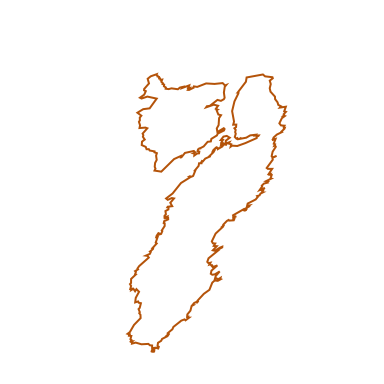 Andøy nor, Nordland, Norway (Natural Earth projection), rotated 151°
{"feature_id": "86288312B3163335119560", "entity_name": "Andøy nor", "entity_type": "district", "adm_level": 2, "iso_a3": "NOR", "parent_name": "Norway", "parent_adm1": "Nordland", "projection": "natural_earth1", "projection_center": [15.765, 69.044], "detail": "fine", "context": "isolated", "style": "outline", "palette": "amber", "viewbox_px": 384, "rotation_deg": 151, "n_neighbors": 0, "source": "geoboundaries", "source_scale": "gbopen_adm2", "svg_char_len": 6057}
<svg xmlns="http://www.w3.org/2000/svg" viewBox="0 0 384 384"><g transform="rotate(151 192 192)"><path d="M303.6,70.8L302.5,70.8L301.8,71.7L302.3,73.0L301.4,73.4L297.0,72.4L298.1,70.9L296.1,72.7L296.8,74.1L294.8,76.6L291.1,76.8L289.4,78.0L283.4,77.8L282.2,78.4L283.1,78.8L281.2,79.3L281.6,80.3L275.6,81.5L273.7,83.0L263.7,84.7L260.3,84.2L259.9,82.9L255.5,83.5L256.4,84.0L255.7,84.8L256.8,85.2L255.4,87.2L250.9,89.0L247.6,92.5L245.6,92.5L246.2,93.0L243.9,93.9L240.0,93.6L242.0,92.8L241.4,92.8L239.8,93.4L239.8,94.3L231.0,97.2L224.2,98.0L218.2,102.9L215.1,103.6L212.5,101.8L209.1,101.8L209.5,102.3L208.7,103.1L211.7,103.0L212.3,104.5L214.0,105.0L212.0,107.0L206.3,109.1L211.8,108.9L214.4,109.8L215.2,111.4L213.1,113.8L205.4,115.5L210.3,116.3L210.6,117.7L209.2,118.2L210.4,118.3L211.3,119.7L210.5,119.9L211.8,120.1L210.1,121.2L212.1,121.8L212.5,123.5L209.7,126.0L198.5,128.0L200.5,129.0L192.4,128.9L192.0,129.5L194.6,129.8L200.5,129.5L202.0,130.9L196.6,132.6L199.1,134.3L196.7,135.7L198.6,137.0L198.6,139.2L191.5,144.2L182.2,146.5L182.6,147.0L179.6,147.7L181.4,147.7L180.1,148.4L175.4,149.8L173.5,149.8L173.4,149.0L169.2,147.0L168.3,147.7L169.2,148.1L168.6,148.9L167.7,148.9L168.7,149.4L165.0,149.3L168.1,150.1L167.2,151.6L168.3,151.7L154.8,151.9L154.3,150.8L155.5,150.8L154.8,150.1L152.8,150.0L154.4,150.1L153.1,150.5L154.2,151.6L148.0,151.7L150.1,152.1L148.3,152.4L150.5,153.2L148.9,154.9L139.9,154.6L136.9,155.8L137.0,156.9L134.6,156.3L132.9,157.4L130.1,157.3L131.0,157.9L129.1,158.9L130.2,159.8L126.3,160.3L131.9,160.9L128.0,162.8L127.9,163.7L125.0,164.5L121.5,163.6L121.7,164.3L120.7,164.4L122.0,165.6L116.1,165.3L116.7,165.9L114.1,168.2L115.8,169.5L114.7,169.9L116.1,170.6L110.7,173.4L114.4,175.4L115.0,176.8L105.7,181.1L105.1,183.0L102.8,182.7L100.5,182.6L104.4,183.1L105.0,184.7L101.9,188.2L96.8,190.9L96.8,192.5L97.5,192.6L96.2,193.5L97.1,194.6L93.2,197.9L96.9,198.5L94.9,198.8L95.4,199.1L94.2,200.1L89.9,201.1L84.2,200.8L84.4,201.5L80.5,202.5L79.8,203.1L80.7,203.4L80.2,204.6L79.0,205.2L81.9,207.1L82.3,209.7L77.6,213.0L74.3,213.4L75.3,214.2L74.0,214.3L74.1,215.6L71.0,216.6L72.2,217.9L68.6,221.1L74.2,223.2L72.6,223.8L74.3,226.4L73.7,229.0L74.3,232.9L73.2,235.2L74.7,241.7L73.7,245.1L70.8,248.2L70.0,251.7L66.2,252.3L66.0,253.4L72.0,257.7L73.0,260.4L88.7,265.7L91.4,262.3L103.5,257.0L102.9,256.8L103.7,255.7L110.9,250.7L117.7,243.3L121.1,233.2L123.3,230.9L120.6,229.5L122.0,227.4L124.0,227.2L123.7,225.1L125.2,223.5L125.5,221.7L127.9,219.4L127.3,217.1L126.2,217.1L126.4,216.1L125.2,215.5L122.4,215.5L123.9,215.1L118.2,213.2L113.6,213.3L108.5,211.2L109.6,210.8L106.2,209.1L106.8,208.8L108.6,209.0L109.3,207.8L121.6,208.9L130.1,210.3L134.5,213.1L136.2,212.9L134.5,214.7L136.6,216.7L135.2,217.4L138.0,217.9L139.3,216.8L140.1,217.4L139.2,218.0L139.8,218.3L138.5,218.7L137.6,220.5L132.7,221.2L134.4,224.2L137.6,225.2L141.6,223.5L139.8,222.5L142.5,221.0L143.0,220.3L142.0,220.0L143.5,219.0L140.4,218.6L143.4,217.1L148.6,217.0L148.2,217.9L149.3,218.6L147.9,219.1L149.5,219.2L153.0,218.3L154.0,217.6L152.6,217.2L153.9,216.4L159.9,214.8L158.2,214.3L164.2,214.8L167.6,213.5L168.2,214.3L169.9,213.3L169.0,212.1L171.9,213.7L173.6,211.6L180.2,209.0L179.0,208.9L183.2,205.5L185.0,205.6L186.2,206.8L186.8,206.8L185.8,205.8L197.3,205.2L209.7,200.1L217.8,198.9L217.0,196.9L212.6,196.5L210.9,195.1L216.2,193.1L216.2,189.2L220.4,190.9L220.9,190.6L219.9,190.0L221.1,188.2L224.5,188.2L225.6,185.2L227.7,184.4L228.4,183.0L226.0,182.6L227.4,181.9L225.3,181.2L226.1,179.6L230.5,180.0L231.8,178.5L231.1,177.8L232.4,175.5L237.1,173.0L236.9,172.2L239.3,170.3L241.2,170.7L240.4,171.2L241.3,172.3L244.1,170.9L245.2,169.8L243.9,169.3L248.3,165.3L247.8,164.1L253.8,162.1L253.3,161.6L253.9,161.0L257.6,160.3L257.2,159.5L258.8,158.3L263.2,158.7L261.9,157.7L261.6,155.6L274.2,152.8L276.8,151.5L276.7,150.5L280.1,150.4L279.8,149.3L281.6,147.7L281.1,147.1L287.4,145.5L289.4,142.0L290.9,141.5L290.8,139.4L293.0,137.1L291.7,136.6L292.6,135.7L290.2,135.8L289.9,132.8L287.7,134.0L286.7,130.4L292.5,126.7L295.2,123.0L292.2,122.4L292.3,121.0L290.6,119.5L293.9,116.0L295.5,115.5L295.9,112.2L296.9,111.6L296.6,109.6L298.1,106.6L307.1,103.9L314.3,99.6L317.1,99.2L316.1,98.1L316.6,97.3L315.5,97.4L315.9,96.1L314.9,95.5L317.2,93.1L316.7,91.9L317.8,91.2L316.3,90.3L317.8,90.0L317.4,89.3L318.0,88.5L314.3,87.6L310.0,83.3L303.8,80.3L303.1,78.3L301.3,77.1L302.6,74.7L301.0,74.1L303.9,72.9L305.2,71.5L302.5,72.8L303.1,71.3L302.4,71.2L303.6,70.8ZM209.0,224.7L191.7,229.5L184.2,228.9L185.0,227.7L184.4,227.5L179.2,229.6L170.5,227.0L170.0,225.3L171.5,225.3L170.8,225.1L171.7,225.1L171.1,224.7L172.3,222.8L168.9,223.2L167.1,222.4L166.0,223.8L167.3,225.1L166.2,226.2L164.4,226.6L162.8,225.6L163.7,226.3L159.7,226.2L154.0,228.3L151.0,227.1L149.3,229.1L142.8,229.4L141.2,230.6L134.2,230.3L133.0,231.3L133.3,232.4L140.4,232.2L139.1,231.6L140.4,231.7L140.8,231.9L139.5,235.6L136.3,237.6L132.5,243.5L129.4,245.1L131.4,247.0L130.8,251.8L129.7,251.7L130.8,253.2L127.4,254.8L130.6,257.8L138.6,259.2L137.4,259.8L134.7,258.7L125.1,260.2L122.5,257.7L119.2,257.7L117.8,258.6L115.9,263.5L112.4,268.1L110.2,269.0L111.5,269.2L112.4,272.4L119.9,275.6L127.0,280.1L136.5,281.4L139.2,283.5L140.1,282.8L139.3,282.4L145.1,282.7L145.9,283.2L143.5,284.2L145.0,284.8L143.2,286.2L144.5,286.6L144.0,286.8L150.0,287.7L148.8,288.3L151.9,289.2L154.5,288.7L159.7,292.6L162.5,293.3L165.0,295.1L164.2,296.1L165.3,298.1L164.3,299.4L165.4,300.7L164.7,301.2L165.4,303.3L163.6,304.8L165.2,305.4L164.9,306.9L165.7,307.3L165.0,308.6L166.2,309.8L165.7,310.6L166.6,311.9L166.1,312.2L172.0,313.2L175.9,312.5L177.0,307.8L183.9,305.3L184.6,304.2L183.5,302.6L186.6,300.3L191.8,299.7L190.8,298.2L184.8,297.1L177.6,290.8L188.5,285.7L194.5,288.1L201.3,287.8L199.3,283.3L201.6,282.4L202.9,279.9L204.4,279.1L205.1,275.5L206.9,273.4L201.5,270.9L200.2,269.4L206.9,267.0L207.0,265.3L208.2,264.1L207.9,260.8L211.3,260.3L213.2,257.4L210.6,253.9L211.0,251.5L209.0,250.4L208.9,248.8L205.1,245.7L205.6,244.9L203.9,243.0L205.8,241.2L207.3,237.2L210.2,235.3L212.4,232.1L212.6,230.2L214.4,228.9L209.0,224.7Z" fill="none" stroke="#b45309" stroke-width="2"/></g></svg>